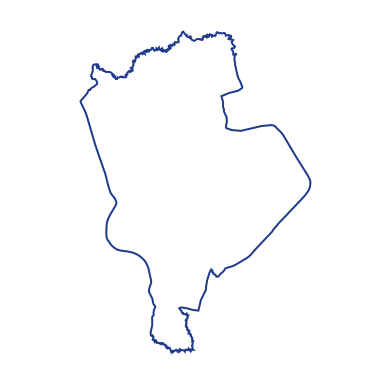 Si Rattana, Si Sa Ket, Thailand, rotated 94°
{"feature_id": "78962969B55540018650075", "entity_name": "Si Rattana", "entity_type": "district", "adm_level": 2, "iso_a3": "THA", "parent_name": "Thailand", "parent_adm1": "Si Sa Ket", "projection": "mercator", "projection_center": [104.475, 14.809], "detail": "fine", "context": "isolated", "style": "outline", "palette": "blue", "viewbox_px": 384, "rotation_deg": 94, "n_neighbors": 0, "source": "geoboundaries", "source_scale": "gbopen_adm2", "svg_char_len": 5886}
<svg xmlns="http://www.w3.org/2000/svg" viewBox="0 0 384 384"><g transform="rotate(94 192 192)"><path d="M349.3,179.7L348.6,180.5L346.2,180.8L345.3,181.3L344.7,180.8L343.8,181.0L342.5,180.7L341.5,181.4L340.7,180.4L339.9,181.2L339.2,181.1L338.8,181.8L337.2,181.7L336.2,182.8L335.8,182.7L335.5,183.3L334.7,183.2L334.4,183.8L333.6,183.8L333.7,184.4L333.2,184.9L333.3,185.6L331.4,185.1L331.7,185.7L330.1,185.8L330.0,186.4L329.6,186.6L329.8,187.0L329.4,187.4L327.4,187.4L327.1,188.3L326.3,188.8L325.9,188.3L324.6,188.8L323.7,188.6L323.4,188.2L321.5,188.9L320.7,188.4L320.4,188.7L320.7,189.3L320.4,189.4L318.3,187.6L317.5,187.9L315.6,187.2L315.7,188.0L315.4,188.7L314.3,188.3L313.6,188.8L314.5,189.6L314.2,192.5L313.2,192.4L313.0,193.7L311.8,194.1L308.8,196.6L308.0,195.4L308.0,193.5L308.3,189.5L309.5,183.5L309.9,177.4L299.1,175.6L288.9,171.4L284.6,171.3L279.0,170.7L271.2,168.9L268.0,167.6L268.7,166.2L270.3,166.3L270.8,165.1L272.1,165.1L272.9,163.0L273.3,162.9L273.6,162.2L274.7,161.8L274.7,160.1L271.9,158.0L268.8,155.0L265.8,153.3L263.2,146.5L261.6,143.6L254.0,132.6L251.4,129.7L245.0,124.9L226.5,109.7L223.2,107.8L217.0,103.2L188.5,79.7L183.1,76.2L179.3,74.8L175.4,74.5L173.5,74.6L171.0,75.5L167.4,77.7L149.5,90.7L128.6,105.2L126.7,106.9L120.1,114.5L119.7,117.3L121.3,127.1L127.6,147.6L127.4,156.8L125.9,162.2L124.7,162.7L121.9,162.6L120.4,162.1L115.2,162.6L109.6,165.7L107.1,166.0L104.7,167.1L101.3,167.1L100.5,167.5L99.2,167.5L94.4,169.4L90.8,162.3L87.8,153.3L85.4,149.9L84.4,149.3L83.3,149.3L78.9,151.4L74.5,154.1L62.2,157.9L55.1,159.1L53.0,158.7L51.4,157.6L51.2,158.1L52.1,159.7L52.1,160.4L49.7,160.6L47.7,161.7L46.7,162.6L46.0,162.3L45.4,160.1L44.0,159.3L43.5,159.5L42.5,161.2L40.1,162.9L39.1,162.6L37.6,161.5L37.0,163.9L37.2,165.2L36.8,166.3L35.6,165.9L34.7,165.2L35.1,164.3L34.9,163.7L33.8,163.8L33.4,164.3L33.3,165.5L32.8,166.4L33.7,169.1L32.0,169.8L31.0,170.9L31.8,173.5L31.4,174.8L31.8,176.1L30.8,177.9L31.1,178.4L34.6,179.6L34.4,181.2L35.6,182.9L33.9,183.0L33.9,184.2L33.4,185.1L33.8,185.5L35.1,185.5L35.8,185.9L36.3,187.6L35.7,187.8L34.3,187.2L33.9,187.6L35.3,189.2L36.5,188.8L35.5,190.9L35.6,191.4L36.8,191.5L37.1,192.1L39.1,191.9L39.7,192.6L39.7,193.1L39.0,193.7L39.3,194.6L38.9,195.5L38.9,197.2L41.1,200.4L40.4,202.5L39.4,203.2L38.8,204.5L37.6,203.9L36.9,204.6L37.5,205.2L37.3,206.0L37.8,206.3L37.5,207.6L36.6,208.5L35.7,208.2L35.3,209.8L32.7,211.9L32.7,212.3L33.9,213.3L36.6,213.6L37.8,215.6L39.4,216.3L40.7,216.5L41.4,215.9L43.5,215.9L43.5,217.0L44.1,217.9L43.6,219.5L45.4,220.4L45.9,219.7L46.5,219.8L46.2,221.6L47.7,222.1L46.9,223.8L48.0,223.9L47.9,225.4L48.5,225.5L49.0,225.1L49.0,224.8L48.5,224.5L48.7,223.9L49.4,223.9L49.8,223.4L50.2,223.4L50.8,224.1L50.4,224.9L51.2,224.8L51.1,225.7L51.9,225.5L54.1,227.5L54.0,228.0L53.6,228.1L53.0,227.6L52.9,227.0L52.1,227.2L52.4,228.4L53.0,228.3L53.4,228.8L52.5,230.4L53.9,230.7L53.9,231.4L53.6,231.7L52.3,231.6L53.0,232.6L52.8,233.1L52.4,233.0L51.7,232.0L51.0,232.1L51.8,232.9L52.1,234.5L50.2,235.0L51.2,235.8L52.2,235.6L52.5,236.5L51.5,236.4L51.1,237.5L52.9,237.2L52.9,238.4L53.6,239.2L51.8,240.7L51.0,241.0L50.9,241.6L51.2,242.2L52.8,242.5L53.3,244.5L54.7,244.4L55.1,246.3L53.5,245.7L53.3,246.5L54.2,247.7L54.7,247.3L55.4,247.6L55.3,248.3L54.6,248.9L54.9,249.5L55.5,249.6L57.2,249.0L56.4,250.0L56.3,250.6L57.4,250.6L57.9,251.0L56.7,252.3L57.9,253.2L58.4,255.3L58.8,255.4L59.3,254.6L60.3,254.5L59.8,255.4L61.0,255.9L60.4,256.8L60.7,257.7L61.3,257.5L61.6,256.4L62.3,257.5L63.1,257.5L64.3,258.1L65.0,257.7L65.7,257.9L64.9,258.9L65.3,259.9L66.7,259.9L68.0,259.1L68.8,259.5L69.5,259.3L71.9,260.2L72.3,261.4L73.5,259.9L75.1,259.7L75.3,260.1L74.6,261.2L76.7,261.7L76.7,262.1L75.7,262.5L75.5,262.9L77.0,264.5L77.9,264.9L78.5,264.5L79.2,264.6L79.6,265.2L79.6,266.1L80.0,266.4L80.5,265.6L82.0,265.7L82.5,268.4L81.9,269.1L81.8,269.6L82.3,270.3L81.8,271.0L82.9,272.8L82.8,274.1L84.4,274.6L84.6,275.7L83.9,276.6L82.4,276.6L82.8,277.7L82.4,278.7L81.8,278.8L81.6,277.9L81.1,277.8L80.7,278.3L80.8,279.6L79.5,279.5L79.3,280.4L78.3,281.3L78.0,283.3L78.3,286.3L77.6,287.1L77.4,288.3L76.3,288.7L75.6,289.6L76.7,289.9L75.6,291.5L76.3,292.5L75.3,293.3L75.0,294.5L73.9,293.9L74.3,295.3L73.7,295.2L73.2,294.4L71.9,294.6L72.9,295.9L72.7,296.1L71.2,296.0L71.7,298.7L72.8,299.6L74.9,299.9L75.8,299.5L78.7,299.5L83.1,300.9L83.8,300.6L84.1,299.9L85.2,299.8L86.3,299.1L86.1,296.5L87.7,295.1L89.5,294.3L90.8,294.2L93.6,296.9L95.2,299.4L96.4,300.5L97.3,300.8L97.4,302.2L101.0,303.5L109.0,309.5L109.8,309.5L120.1,303.7L125.2,301.6L152.0,291.7L180.9,279.4L190.0,276.5L198.0,273.4L199.9,272.1L203.5,268.8L206.6,267.0L208.0,266.7L210.4,267.1L221.0,272.4L225.4,274.1L229.9,274.9L239.7,274.6L242.7,274.1L245.1,273.3L250.4,269.0L252.7,266.2L254.4,263.3L255.4,259.4L255.9,251.4L256.8,246.1L257.8,243.1L259.0,240.8L260.6,238.2L263.5,234.8L265.9,232.8L270.6,230.3L282.9,226.7L285.2,226.4L290.4,227.7L293.0,228.1L295.1,227.7L301.3,224.1L306.2,222.8L308.7,220.7L310.1,220.9L312.1,221.7L314.9,222.0L317.4,221.6L319.4,223.0L327.6,222.4L335.6,223.5L337.7,223.0L337.7,222.5L338.5,222.1L338.7,221.6L338.5,221.3L337.7,221.8L337.7,221.4L339.3,220.3L340.3,220.5L341.3,220.0L341.5,220.8L342.1,220.9L342.7,219.4L343.3,218.8L342.6,218.1L342.6,217.7L343.4,217.6L344.0,218.8L344.5,218.6L344.3,217.6L343.4,217.1L344.9,216.5L344.9,213.8L345.6,213.4L346.0,212.0L345.3,211.6L344.8,211.8L344.6,210.7L346.2,209.7L345.9,209.1L346.2,207.8L347.0,208.0L347.6,206.7L348.9,206.9L349.8,205.7L349.7,205.3L348.9,205.7L348.5,205.3L349.3,204.6L349.0,203.9L349.5,203.0L352.8,201.7L351.8,200.4L351.8,199.8L353.2,200.1L350.5,196.9L351.0,196.1L352.2,195.4L352.6,194.2L351.3,194.4L351.6,193.1L351.4,192.8L351.1,192.9L350.6,193.7L349.6,193.2L350.4,192.1L350.5,189.3L351.0,188.7L350.4,188.1L351.2,187.8L350.2,187.5L349.6,186.5L350.1,185.2L349.6,184.9L349.8,184.2L348.6,184.2L349.2,183.5L349.2,182.5L350.0,183.0L351.1,182.2L349.3,181.2L349.3,179.7Z" fill="none" stroke="#1e3a8a" stroke-width="2"/></g></svg>